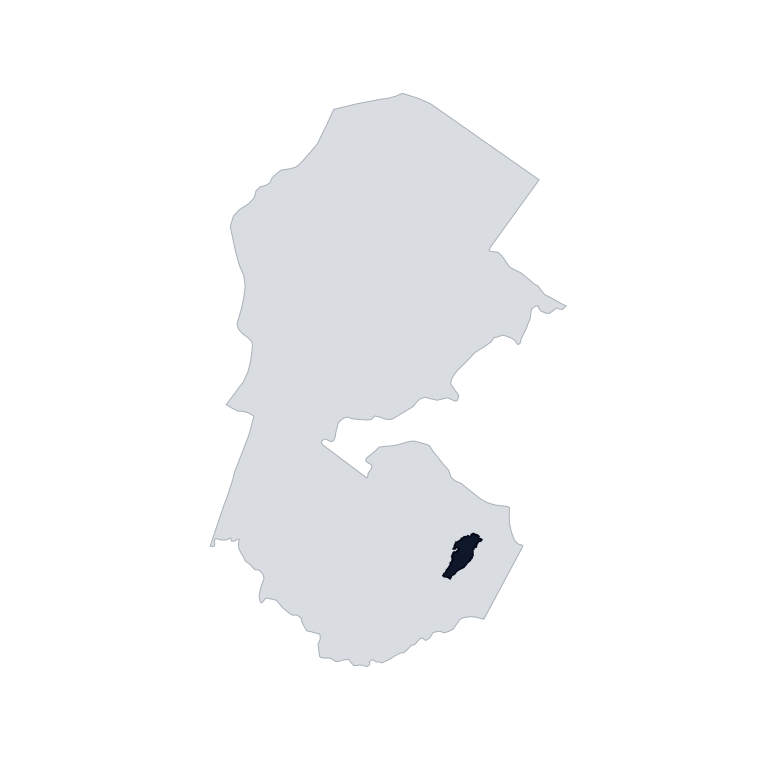 Mporokoso, Northern, Zambia shown in context, rotated 127°
{"feature_id": "96606910B5671768599011", "entity_name": "Mporokoso", "entity_type": "district", "adm_level": 2, "iso_a3": "ZMB", "parent_name": "Zambia", "parent_adm1": "Northern", "projection": "orthographic", "projection_center": [29.924, -9.464], "detail": "fine", "context": "in_parent", "style": "filled", "palette": "ink", "viewbox_px": 768, "rotation_deg": 127, "n_neighbors": 0, "source": "geoboundaries", "source_scale": "gbopen_adm2", "svg_char_len": 8933}
<svg xmlns="http://www.w3.org/2000/svg" viewBox="0 0 768 768"><g transform="rotate(127 384 384)"><path d="M495.5,497.6L466.6,497.6L456.1,500.0L447.5,503.6L437.2,509.2L431.3,513.1L429.7,515.2L428.9,520.0L428.9,527.3L427.9,532.6L424.8,537.4L409.3,543.3L399.2,548.1L389.3,553.8L381.8,561.2L376.7,570.2L368.3,581.4L350.8,601.5L340.5,605.3L331.9,604.5L321.3,600.5L313.0,599.8L307.0,602.4L301.3,601.7L296.0,597.6L291.6,596.1L288.1,597.3L283.6,597.1L275.3,595.0L268.0,588.0L264.0,585.1L261.0,584.0L252.5,583.0L232.8,581.7L212.6,585.5L194.9,589.4L176.2,574.0L158.1,557.6L154.2,553.4L147.4,548.0L142.6,545.3L140.7,544.0L135.4,529.1L132.2,515.5L127.6,383.0L208.8,381.4L214.0,380.7L214.2,379.3L210.3,372.3L210.4,369.8L211.3,364.9L214.7,355.2L214.8,352.0L212.9,341.6L213.0,335.7L213.7,323.9L213.0,319.9L214.8,314.5L215.4,311.0L216.1,309.5L215.1,305.4L213.2,291.4L212.1,285.5L217.0,286.3L218.7,289.2L219.7,292.3L222.0,292.5L227.8,294.3L229.9,296.8L231.3,302.5L230.6,305.4L228.8,307.7L230.7,309.8L234.6,311.1L236.9,310.6L243.4,306.7L249.4,305.2L252.5,304.1L266.0,301.4L268.7,300.0L270.6,300.0L271.9,301.0L270.8,305.0L270.4,308.6L272.2,315.3L273.5,318.4L276.4,320.6L278.4,321.8L280.8,324.2L285.5,323.7L295.9,327.0L299.1,328.5L303.4,330.1L306.6,330.6L317.3,331.7L328.6,333.5L334.4,333.6L338.6,333.1L341.5,332.1L343.3,331.0L344.1,330.0L348.2,317.3L350.4,316.3L353.2,315.6L354.8,316.7L356.7,324.8L365.0,331.9L367.8,338.0L369.9,343.2L371.7,344.6L374.8,346.4L379.7,347.0L384.2,347.1L406.2,355.9L408.6,357.5L411.4,362.2L413.0,367.5L414.8,371.8L417.6,372.5L420.2,372.9L422.7,375.7L424.6,378.3L431.1,388.7L432.1,392.9L435.2,395.6L439.5,396.8L443.4,396.9L445.7,395.7L451.3,393.5L455.7,391.1L458.9,390.2L460.7,390.7L462.2,392.4L463.1,397.6L466.2,399.4L468.5,398.7L469.4,396.6L469.5,395.6L469.4,341.0L467.4,341.4L464.9,343.0L459.0,343.1L456.8,344.3L456.1,346.1L456.5,348.3L456.6,351.4L455.8,352.9L453.2,353.4L449.5,352.3L442.8,350.7L437.3,349.8L433.2,345.7L427.8,339.5L424.2,336.4L415.6,330.0L414.2,328.7L411.5,325.7L409.3,320.6L407.1,314.7L405.9,310.9L408.0,305.1L412.9,286.2L414.0,280.3L418.2,274.3L418.5,268.9L416.8,262.0L417.2,258.2L417.7,236.5L416.5,229.7L413.6,222.1L407.4,211.5L407.4,209.3L416.9,202.4L419.8,199.8L424.8,194.2L428.1,189.4L430.3,185.6L431.0,180.6L429.4,175.9L432.7,175.0L511.9,162.7L513.1,166.0L515.4,171.4L518.2,175.4L521.6,178.8L524.5,181.0L526.4,181.6L538.6,181.4L542.9,183.6L546.7,186.3L547.7,190.4L550.2,193.0L552.9,195.1L554.1,195.3L556.0,194.8L559.3,194.8L562.3,195.7L563.8,196.6L563.9,200.1L564.8,201.7L568.9,202.3L573.1,202.6L577.1,205.0L581.5,205.4L586.6,206.4L588.9,209.0L594.3,211.6L600.9,214.0L608.1,217.9L608.2,219.1L609.4,221.4L610.7,223.0L610.8,225.4L611.4,227.6L613.2,228.2L614.8,228.4L616.2,226.8L618.1,226.8L620.2,227.9L621.0,230.4L622.6,233.9L625.2,236.3L627.0,238.6L626.3,242.7L625.2,246.5L628.8,250.2L633.4,253.8L634.7,255.4L635.0,260.7L635.7,262.5L638.9,266.9L640.4,269.8L640.3,271.5L631.6,280.1L626.3,281.3L623.9,283.1L622.5,284.9L625.9,293.6L627.6,296.9L626.1,301.0L622.6,307.9L621.0,308.5L620.7,313.8L621.7,315.7L623.4,317.3L624.0,320.8L623.8,329.7L621.5,339.8L625.3,348.6L626.6,349.6L631.9,349.7L632.8,350.5L631.5,353.0L627.7,356.8L620.9,359.8L611.1,363.0L609.0,366.2L607.7,370.8L608.7,373.5L610.0,375.1L609.5,379.1L608.6,383.4L608.9,386.7L608.4,389.7L607.1,391.1L605.4,395.6L603.2,400.1L601.5,402.1L599.1,404.2L595.2,406.0L595.3,406.9L599.6,409.0L600.7,410.4L601.1,411.4L599.3,413.7L601.3,415.1L603.7,416.3L606.0,419.3L608.6,424.9L609.0,425.5L609.8,425.6L611.2,425.0L613.9,422.7L615.9,421.9L618.2,425.2L577.5,438.8L568.0,441.5L553.7,446.4L549.1,448.2L545.4,450.0L507.7,460.7L501.8,462.8L488.5,468.3L488.0,469.2L488.2,471.8L489.3,477.0L491.6,481.7L493.6,484.4L494.8,491.4L495.5,497.6Z" fill="#d9dde1" stroke="#a8b0b8" stroke-width="1"/><path d="M449.3,212.3L449.4,213.1L449.8,213.4L449.5,213.7L449.5,214.2L450.0,214.9L449.9,215.4L450.0,215.7L449.7,216.0L449.5,216.5L448.9,216.4L448.5,216.4L448.4,216.9L448.7,217.1L448.7,217.6L448.6,217.8L448.4,217.8L448.5,218.3L448.4,218.6L448.4,218.9L448.6,219.3L448.7,219.6L449.1,219.8L449.2,220.1L449.3,220.1L449.2,220.2L449.4,220.6L449.2,220.9L449.7,221.2L449.8,221.5L449.7,221.6L449.7,221.9L449.4,222.0L449.4,222.3L449.6,222.3L449.6,222.7L449.8,222.9L449.9,223.0L450.2,222.8L450.5,222.7L450.6,223.0L451.1,223.1L451.2,223.5L451.5,223.8L451.8,223.4L452.4,223.1L453.0,223.3L453.6,223.3L453.8,223.5L453.8,223.8L454.9,223.9L455.0,224.1L454.7,224.4L454.8,225.1L454.6,225.5L454.6,225.9L454.9,226.0L455.3,225.7L455.6,225.7L456.1,225.9L456.5,226.6L457.1,226.2L457.3,226.2L457.5,226.7L457.4,226.8L457.4,227.4L457.7,227.6L457.7,228.2L458.0,228.2L458.1,227.9L458.4,227.9L458.9,228.0L459.6,228.6L460.2,228.4L460.2,228.6L460.4,228.5L460.5,228.7L460.6,228.4L461.0,228.4L461.2,228.6L461.5,228.7L461.6,228.9L461.8,228.7L462.1,228.8L462.5,228.8L462.6,229.1L462.8,229.0L462.9,228.9L463.0,228.8L463.6,229.1L463.7,229.3L463.8,229.2L463.9,229.4L464.3,229.5L464.5,229.7L464.8,229.7L465.1,229.7L465.4,230.0L465.5,229.9L465.5,230.1L465.8,230.0L465.8,229.9L466.0,230.0L466.1,229.8L466.3,229.9L466.5,230.0L466.3,230.1L466.4,230.4L466.4,230.5L466.6,230.5L466.8,230.9L466.9,230.7L467.1,230.9L467.3,230.7L467.4,230.9L467.5,230.7L467.5,230.8L467.6,230.7L468.0,230.7L468.4,230.7L468.5,230.7L468.6,230.8L468.8,230.7L469.0,230.8L469.0,230.7L469.4,230.6L469.5,230.5L469.9,230.6L470.5,230.4L470.9,230.5L471.2,230.0L471.8,229.9L472.6,229.3L473.0,229.7L473.5,229.7L474.1,229.6L473.1,227.9L472.9,227.9L472.4,228.2L471.4,227.9L471.2,227.7L470.6,226.8L470.3,226.8L469.9,226.4L469.7,226.4L469.7,226.2L470.0,225.9L470.1,225.4L470.0,225.0L470.2,224.8L470.3,225.2L470.7,225.1L470.9,225.4L471.1,225.2L470.9,224.9L471.0,224.7L471.3,224.9L471.6,224.6L472.2,224.8L472.4,224.7L472.5,225.1L472.8,224.8L473.0,224.8L473.1,224.6L473.7,224.8L473.6,225.1L473.8,225.3L474.3,225.3L474.3,225.2L474.4,225.3L474.3,225.5L474.5,225.5L474.9,225.5L474.9,225.3L475.0,225.2L475.4,225.7L475.9,225.9L475.8,226.1L475.8,226.5L475.7,226.8L475.8,226.9L476.1,226.8L476.4,226.8L476.4,227.1L476.8,227.1L477.1,227.0L477.3,227.1L477.4,226.8L477.6,226.7L477.8,226.9L478.1,226.7L478.3,226.8L478.6,226.7L478.9,226.8L479.0,226.6L479.8,226.4L480.0,226.5L480.3,226.3L480.3,226.0L480.5,226.0L480.5,225.7L480.8,225.7L481.0,225.6L481.3,225.5L481.5,225.7L481.8,224.7L482.0,224.6L481.8,224.5L482.0,224.4L482.0,224.1L482.2,223.8L482.3,223.8L482.4,223.6L482.5,223.8L482.7,223.7L482.8,223.4L483.3,223.6L483.5,223.4L483.9,223.3L484.0,223.4L484.1,223.2L484.4,223.2L484.8,223.0L484.9,222.8L485.2,222.7L485.7,223.1L485.9,223.1L486.0,223.3L486.3,223.3L486.9,223.0L487.0,223.1L487.1,222.8L487.3,222.7L487.5,222.5L487.7,222.4L487.8,222.5L487.8,222.3L488.3,222.0L488.8,221.5L489.1,221.8L489.2,222.1L489.5,222.1L489.7,222.3L490.4,222.1L490.5,222.2L490.8,222.1L490.9,221.9L491.2,221.7L491.3,221.8L491.4,221.7L491.5,221.9L491.8,221.8L492.1,221.9L492.1,221.7L492.4,221.7L492.7,221.4L493.0,221.5L493.2,221.9L493.5,221.7L493.7,221.9L493.9,221.8L494.0,221.9L494.3,222.0L494.8,222.0L494.9,222.3L495.3,222.1L495.4,221.7L495.6,221.9L495.8,221.8L495.8,221.6L496.0,221.5L496.7,221.4L497.0,221.7L497.4,221.5L497.8,221.5L498.0,221.4L498.7,221.8L499.0,221.7L499.1,222.0L499.4,221.9L499.5,221.7L499.7,221.8L499.8,221.9L500.2,221.8L500.5,221.8L500.9,221.7L501.5,221.8L501.6,221.5L501.6,221.3L501.8,220.8L501.7,220.3L501.8,220.1L501.4,219.5L501.1,219.1L500.7,218.2L500.4,217.6L500.0,216.6L499.9,215.7L500.0,215.6L500.0,215.2L499.9,214.5L499.5,215.2L499.3,214.6L499.0,214.5L498.9,214.3L498.4,213.9L497.7,214.2L497.3,214.6L497.0,214.7L496.5,214.5L495.7,214.5L494.7,213.9L494.2,213.5L493.7,213.3L492.5,213.2L491.6,213.3L490.7,213.2L490.4,213.3L489.8,213.1L489.2,213.2L488.7,213.0L486.7,212.0L485.3,211.4L483.7,210.6L482.9,210.1L482.0,209.8L480.2,209.8L478.4,209.6L477.9,210.0L477.1,210.0L476.8,209.7L476.1,209.7L475.3,209.4L475.0,209.4L473.6,208.9L473.1,208.9L472.6,209.0L472.4,209.5L472.3,209.9L472.2,209.9L471.3,209.1L471.0,209.2L470.6,208.9L469.9,208.9L469.3,209.5L467.5,209.6L462.6,213.5L462.4,213.6L462.4,213.3L462.2,213.3L461.9,213.5L461.8,213.3L461.6,213.7L461.4,213.6L461.2,213.6L461.1,213.4L461.0,213.5L460.7,213.6L460.4,213.5L460.2,213.6L459.9,213.5L460.0,213.4L459.9,213.3L459.5,213.2L459.3,213.3L459.0,212.8L458.8,212.8L458.9,212.6L458.7,212.6L458.6,212.8L458.6,212.7L458.5,212.8L458.4,212.6L458.2,212.6L457.8,212.6L457.8,212.8L457.7,212.7L457.6,212.8L457.5,213.0L457.1,213.2L457.0,213.4L456.9,213.4L456.7,213.4L456.6,213.2L456.3,213.3L456.1,213.5L456.1,213.4L455.9,213.4L455.7,213.4L455.7,213.5L455.6,213.4L455.5,213.5L455.2,213.4L454.6,213.5L454.4,213.6L454.1,213.6L453.9,213.6L453.7,213.5L453.6,213.4L453.0,213.6L452.9,213.5L452.5,213.5L452.2,213.2L452.0,212.9L451.9,212.9L451.8,213.1L451.6,212.9L451.5,213.0L451.4,213.0L451.4,212.8L451.3,212.7L451.1,212.7L451.1,212.3L450.9,212.4L451.0,212.2L450.9,212.2L450.6,212.2L450.5,212.3L450.3,212.3L450.4,212.2L450.2,212.2L449.9,212.2L449.6,212.1L449.6,212.3L449.3,212.3Z" fill="#0f172a" stroke="#020617" stroke-width="1.5"/></g></svg>